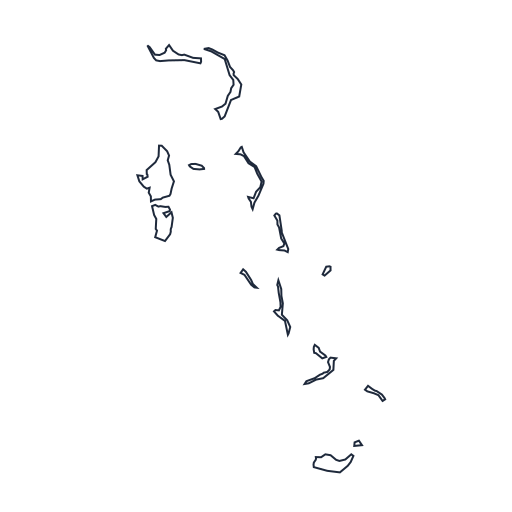 outline of The Bahamas, rotated 17°
{"feature_id": "BHS", "entity_name": "The Bahamas", "entity_type": "country or territory", "adm_level": 0, "iso_a3": "BHS", "parent_name": "North America", "parent_adm1": "", "projection": "robinson", "projection_center": [-76.093, 23.939], "detail": "fine", "context": "isolated", "style": "outline", "palette": "slate", "viewbox_px": 512, "rotation_deg": 17, "n_neighbors": 0, "source": "natural_earth", "source_scale": "50m", "svg_char_len": 3353}
<svg xmlns="http://www.w3.org/2000/svg" viewBox="0 0 512 512"><g transform="rotate(17 256 256)"><path d="M155.7,208.6L155.6,216.1L156.1,221.7L155.6,223.7L149.8,227.4L148.3,229.5L142.9,231.6L139.6,234.5L138.0,229.7L134.9,226.8L134.3,221.8L131.9,223.5L128.4,222.5L122.6,218.7L119.0,213.5L124.1,212.6L125.2,215.8L129.2,211.9L128.3,209.9L127.6,209.6L126.3,205.8L132.4,195.7L133.7,189.2L131.0,178.8L133.6,178.1L140.4,181.8L143.5,185.4L143.6,190.3L146.4,194.1L150.6,203.3L155.7,208.6ZM160.2,236.8L160.3,238.3L155.0,242.1L158.8,244.9L162.4,238.9L165.3,243.8L166.8,253.0L166.6,254.6L166.8,256.0L167.4,257.7L167.5,260.3L164.6,268.3L154.1,267.5L153.9,260.7L152.2,259.4L149.8,249.7L146.6,246.6L142.0,238.7L144.7,236.6L148.2,237.3L150.0,236.3L154.9,235.6L157.9,234.5L160.2,236.8ZM406.8,425.3L405.1,429.8L399.5,438.4L386.9,440.6L373.0,441.0L372.0,438.7L371.7,436.6L372.7,433.4L372.6,432.1L372.0,430.8L377.1,429.4L380.3,425.4L385.6,424.7L392.2,427.5L395.7,427.6L400.9,424.5L405.1,417.8L407.6,418.7L406.8,425.3ZM183.3,134.8L182.2,135.4L177.7,129.2L174.0,127.4L179.8,123.0L182.3,119.3L182.2,111.1L183.6,106.6L183.2,102.8L184.5,98.8L182.8,94.3L177.9,90.8L168.5,76.8L153.4,73.4L145.6,73.2L149.9,71.0L153.9,71.3L160.0,72.6L167.2,73.2L171.7,77.4L175.9,82.8L179.8,85.1L181.3,86.5L181.2,88.1L181.8,89.6L186.8,92.1L191.8,96.3L193.3,108.4L186.5,114.1L185.2,131.7L183.3,134.8ZM116.6,84.0L123.0,85.9L126.4,85.6L128.5,84.4L137.9,84.9L145.6,83.1L146.7,86.3L146.5,88.0L130.3,89.6L115.3,94.5L107.2,97.7L103.3,98.1L100.4,96.4L90.6,86.4L93.3,87.4L100.5,93.0L105.0,92.0L109.2,88.3L109.9,85.5L109.2,84.2L111.2,79.7L116.6,84.0ZM213.8,160.5L222.5,167.5L229.9,170.1L238.0,178.8L241.4,181.9L242.0,184.7L240.7,197.6L238.9,205.4L239.1,212.2L237.3,210.2L235.3,205.7L232.2,203.2L231.2,201.8L236.8,201.5L237.3,194.5L240.0,189.0L239.6,183.2L233.1,176.9L228.6,171.3L221.7,169.5L215.3,164.0L211.5,163.3L206.8,164.3L208.5,161.0L209.7,156.6L210.5,155.8L213.8,160.5ZM309.8,320.4L309.5,322.0L302.7,309.6L294.3,306.7L289.4,303.7L290.4,302.0L293.8,301.3L294.4,297.4L292.9,293.1L288.5,284.6L286.0,278.8L284.8,277.5L284.5,272.7L289.8,280.2L292.0,286.8L295.5,293.4L297.9,304.6L304.7,308.4L309.5,313.9L309.8,320.4ZM343.7,362.3L339.9,364.2L340.8,361.0L347.9,355.6L351.9,350.8L354.1,349.1L354.9,347.8L358.0,346.1L359.6,343.0L359.2,340.5L355.9,336.4L355.9,333.5L357.0,331.4L362.6,330.4L361.1,333.5L363.3,342.3L356.0,353.2L349.7,356.6L343.7,362.3ZM284.8,239.9L285.2,243.0L281.6,242.4L276.4,243.6L274.5,243.7L275.7,241.5L279.3,238.6L279.5,235.8L275.0,231.9L269.7,221.9L267.3,219.6L266.1,215.9L261.7,211.9L262.6,209.7L263.5,209.2L266.5,210.3L273.3,224.5L273.7,225.9L284.8,239.9ZM405.7,349.1L409.0,350.0L410.8,349.9L416.9,351.7L420.5,354.3L421.4,355.3L419.4,357.6L413.8,353.3L408.9,352.8L402.0,352.9L399.3,352.0L401.1,347.4L405.7,349.1ZM351.5,330.9L352.7,332.0L349.3,334.5L341.7,331.4L340.0,331.6L338.4,328.4L337.9,326.0L338.2,323.8L342.8,325.5L345.2,328.7L351.5,330.9ZM176.7,189.7L170.7,191.0L166.5,189.7L165.4,188.7L167.2,187.0L171.3,185.6L177.7,185.5L180.6,187.1L180.9,187.9L176.7,189.7ZM266.0,286.1L263.7,286.5L259.8,284.9L250.5,277.4L246.2,276.7L247.6,272.5L250.9,274.0L258.4,280.4L261.2,283.7L266.0,286.1ZM331.5,248.0L327.3,254.7L325.1,254.1L326.3,245.7L329.2,244.4L330.4,244.5L331.5,248.0ZM412.6,405.9L405.5,408.9L404.8,405.4L408.4,402.5L412.6,405.9Z" fill="none" stroke="#1e293b" stroke-width="2"/></g></svg>